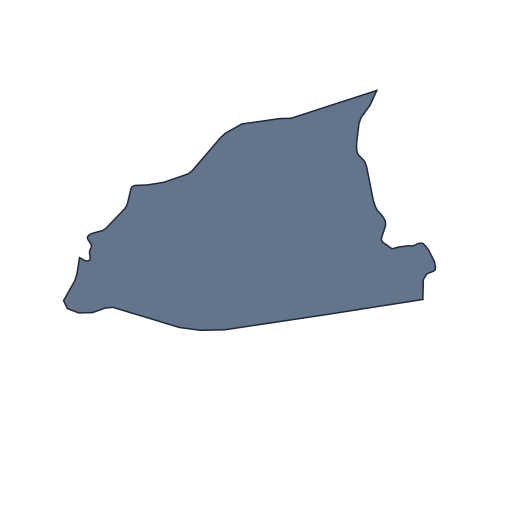 outline of Melaka, rotated 329°
{"feature_id": "MYS-1145", "entity_name": "Melaka", "entity_type": "State", "adm_level": 1, "iso_a3": "MYS", "parent_name": "Malaysia", "parent_adm1": "", "projection": "albers", "projection_center": [102.321, 2.293], "detail": "fine", "context": "isolated", "style": "filled", "palette": "slate", "viewbox_px": 512, "rotation_deg": 329, "n_neighbors": 0, "source": "natural_earth", "source_scale": "10m", "svg_char_len": 1268}
<svg xmlns="http://www.w3.org/2000/svg" viewBox="0 0 512 512"><g transform="rotate(329 256 256)"><path d="M376.7,379.2L290.2,344.1L191.1,303.1L170.3,291.2L153.5,277.8L106.8,226.2L100.0,223.0L86.7,220.3L74.6,213.4L67.2,203.8L68.1,195.1L68.3,195.0L88.1,183.8L93.5,178.9L103.9,166.5L106.2,170.6L107.4,172.1L109.0,173.6L110.9,173.8L112.7,172.9L115.0,167.3L116.5,165.5L118.6,164.2L119.6,163.3L120.6,161.8L120.4,155.6L120.7,154.0L121.3,152.9L123.0,152.2L126.0,151.9L137.9,155.2L141.5,155.0L167.5,148.0L170.5,146.5L172.7,145.0L182.9,134.5L185.0,132.9L186.4,132.8L188.5,133.1L199.0,138.9L214.7,145.3L240.0,150.6L245.0,150.1L286.8,136.2L293.0,135.0L311.8,135.5L347.5,150.6L356.7,155.9L444.8,176.3L431.6,185.4L417.4,191.4L412.4,195.6L400.0,211.6L397.0,216.8L395.7,220.7L396.0,222.9L397.6,229.5L397.7,231.9L396.8,236.4L385.1,269.0L383.7,275.6L383.5,278.0L383.6,280.4L384.7,285.2L385.0,288.0L384.8,292.3L383.8,294.9L382.7,296.7L372.3,305.7L371.6,308.3L372.0,310.4L373.9,314.1L375.4,318.0L376.3,319.6L377.9,320.5L382.2,321.5L391.8,325.6L395.0,327.8L397.1,328.4L401.8,329.0L403.8,329.8L405.4,331.0L406.5,334.7L407.0,340.0L406.1,352.3L404.4,357.5L402.4,360.3L400.1,360.4L393.2,359.3L387.3,362.4L376.7,379.1L376.7,379.2Z" fill="#64748b" stroke="#1e293b" stroke-width="1.5"/></g></svg>